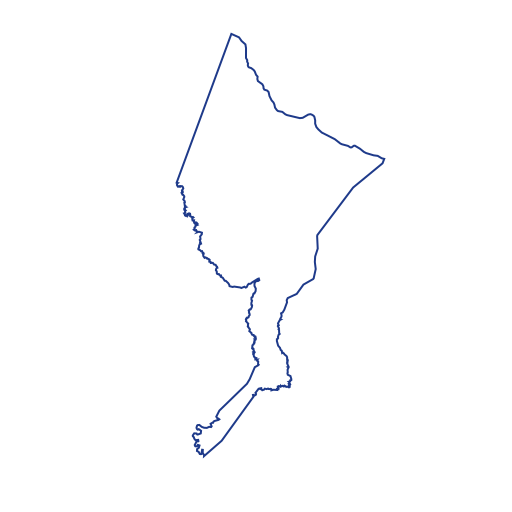 Peixoto de Azevedo, Mato Grosso, Brazil (Mercator projection), rotated 286°
{"feature_id": "56859067B15888729029832", "entity_name": "Peixoto de Azevedo", "entity_type": "district", "adm_level": 2, "iso_a3": "BRA", "parent_name": "Brazil", "parent_adm1": "Mato Grosso", "projection": "mercator", "projection_center": [-54.046, -10.194], "detail": "fine", "context": "isolated", "style": "outline", "palette": "blue", "viewbox_px": 512, "rotation_deg": 286, "n_neighbors": 0, "source": "geoboundaries", "source_scale": "gbopen_adm2", "svg_char_len": 6106}
<svg xmlns="http://www.w3.org/2000/svg" viewBox="0 0 512 512"><g transform="rotate(286 256 256)"><path d="M304.6,159.5L304.6,160.7L304.1,160.3L302.5,160.4L301.1,161.8L301.5,163.3L301.9,162.8L302.4,164.0L302.7,165.9L301.9,166.9L300.8,167.5L298.9,166.8L298.3,167.0L298.0,167.7L297.4,167.9L297.4,167.2L296.5,167.6L296.1,167.1L294.6,168.5L294.7,169.2L293.6,170.6L292.9,170.8L290.3,170.5L289.2,172.2L288.1,172.8L287.6,172.4L284.5,173.8L284.6,174.3L284.0,174.4L283.8,175.3L283.1,174.3L281.9,174.6L281.7,174.0L280.9,174.2L281.1,174.8L280.4,175.8L280.0,175.3L278.2,175.9L277.7,175.5L277.2,175.8L277.0,175.3L276.1,176.3L275.5,176.5L275.3,176.9L275.9,177.1L275.3,178.6L277.6,178.4L277.6,179.0L277.0,179.4L278.5,179.9L278.2,180.4L278.4,181.0L276.8,181.7L276.3,181.5L276.0,182.1L275.7,184.1L276.1,184.6L275.8,185.2L274.7,184.3L273.2,184.9L272.7,185.2L273.2,186.6L272.1,186.7L270.8,187.5L270.4,188.2L271.6,188.4L271.8,189.5L271.4,190.1L271.2,189.5L270.6,189.5L269.8,191.2L268.5,189.5L267.4,189.7L266.4,189.0L265.3,189.5L264.2,188.9L263.7,190.2L264.3,191.3L263.6,191.6L263.5,192.5L263.0,193.2L262.6,193.0L263.6,194.5L263.5,197.6L261.9,197.9L259.4,196.9L257.0,198.0L255.9,197.5L254.8,198.4L253.6,198.5L253.7,199.1L252.7,199.8L251.6,198.6L250.2,198.5L248.2,198.9L247.5,198.5L246.5,198.8L246.1,200.9L245.4,201.9L245.8,202.8L244.6,203.6L244.6,204.1L244.1,203.9L243.6,205.1L243.0,204.7L241.4,205.4L240.1,207.0L240.7,207.5L240.7,208.3L240.2,209.1L240.4,209.7L240.0,209.9L240.1,211.3L239.7,211.5L239.6,212.4L238.6,212.5L238.3,213.0L237.7,212.8L237.5,214.5L236.9,214.6L237.5,216.4L236.2,218.1L236.4,219.6L235.1,220.9L235.0,221.5L234.1,222.1L233.8,221.6L232.3,221.2L231.2,221.4L230.4,222.5L228.4,223.2L228.0,223.9L228.4,225.3L227.8,225.8L227.5,227.0L226.8,227.5L227.3,227.9L226.2,228.5L225.9,230.1L223.6,232.7L223.8,233.8L222.3,236.7L221.1,238.1L219.7,238.9L219.8,242.1L220.6,243.5L221.4,249.6L221.2,250.7L223.3,253.4L222.8,254.8L223.5,255.6L226.2,256.1L227.3,256.7L227.5,257.8L228.3,258.8L229.5,259.5L234.5,264.0L235.1,264.9L233.7,265.8L232.7,265.1L231.6,262.7L229.1,262.1L226.8,262.8L224.6,264.8L222.1,265.3L219.6,264.8L219.5,264.2L219.0,263.9L215.8,264.0L214.8,263.1L212.6,263.7L212.0,264.5L209.5,264.5L207.8,265.0L207.8,265.6L207.4,265.9L205.7,266.1L203.6,265.7L203.0,265.4L202.9,264.6L201.6,264.0L200.2,264.9L199.4,264.9L198.9,265.6L197.6,266.2L196.3,265.7L195.0,265.7L194.2,264.9L194.3,264.4L193.2,263.8L192.7,264.1L192.1,263.8L191.0,264.5L190.5,264.4L188.8,267.2L187.4,267.2L186.4,267.8L185.9,267.6L183.9,270.3L181.9,270.3L180.8,272.8L180.3,272.9L179.2,274.1L179.4,275.5L178.6,275.9L178.5,277.6L177.9,278.0L177.4,277.5L176.4,278.7L175.8,278.7L175.5,277.7L175.0,278.3L174.4,277.8L173.0,278.4L172.6,277.9L171.5,278.4L171.1,277.9L170.3,278.0L169.2,277.2L166.4,277.7L166.5,278.2L166.0,278.4L166.2,278.8L165.9,279.3L165.4,279.2L163.9,280.4L163.2,279.9L163.0,281.2L162.3,281.0L162.2,280.1L161.5,280.2L161.8,280.7L159.5,281.3L158.7,281.9L158.0,282.9L158.0,283.9L157.5,283.6L156.4,283.9L156.7,284.6L157.3,284.3L156.8,285.1L157.0,285.9L156.5,285.6L156.0,286.2L155.6,286.0L155.1,287.2L152.3,287.9L152.1,288.5L151.5,288.2L148.8,285.5L135.9,283.9L130.6,282.5L97.3,263.4L90.6,262.1L89.1,263.9L89.4,264.5L88.9,265.7L88.1,265.1L85.9,261.5L85.2,260.9L83.9,260.7L83.8,260.1L82.2,258.6L80.0,260.3L79.2,260.0L78.9,258.1L77.2,256.1L76.6,253.4L76.8,250.9L78.0,248.1L77.3,246.4L76.6,246.1L74.7,246.1L73.9,246.5L73.2,247.2L73.0,248.0L73.8,248.7L72.8,251.4L70.2,251.8L68.3,249.2L68.3,248.5L69.0,247.8L68.5,245.5L66.1,244.7L65.3,245.0L64.7,246.2L63.4,247.0L62.3,248.6L63.3,251.1L62.7,251.4L62.2,251.7L61.8,251.4L61.7,250.1L57.4,249.2L56.4,250.0L56.4,250.7L56.9,251.8L58.4,252.2L58.3,253.9L55.9,253.9L54.1,252.6L52.3,253.0L51.9,254.9L50.2,256.5L50.3,257.6L50.6,258.1L54.9,257.6L55.0,258.3L52.1,259.0L50.3,261.0L49.3,261.2L68.9,273.9L119.9,292.3L121.6,291.4L121.9,292.0L121.5,293.1L122.6,294.1L123.4,294.1L124.3,293.2L129.1,295.1L129.5,295.7L129.3,296.4L129.9,296.5L130.4,297.5L129.3,298.0L128.7,299.0L129.8,300.6L130.9,301.0L131.0,303.0L131.9,304.1L131.6,304.7L131.7,305.4L132.4,306.8L132.3,307.4L131.1,307.8L132.3,309.8L133.0,313.1L133.6,312.6L134.1,312.7L134.3,314.3L135.0,314.2L135.6,313.4L136.2,313.4L136.6,313.0L137.3,313.8L137.1,315.4L138.0,315.5L137.5,316.1L138.5,317.2L138.6,317.8L138.2,318.4L138.5,319.1L139.2,319.2L138.9,320.7L138.5,321.1L139.1,322.6L138.8,323.9L139.4,324.5L140.4,324.2L140.8,323.5L141.9,324.3L142.4,323.9L141.9,323.1L142.2,322.6L143.2,323.0L143.9,322.9L144.2,322.2L144.9,323.3L145.5,323.5L145.9,323.2L146.5,324.1L147.4,323.9L150.1,322.2L150.6,319.3L152.0,318.5L152.9,318.6L155.3,317.7L157.9,318.0L158.1,317.2L158.6,317.8L161.1,315.7L161.7,315.7L161.9,315.3L162.9,315.5L163.3,315.1L164.2,315.4L165.0,315.0L164.9,314.5L167.3,313.8L168.3,312.8L169.3,310.4L169.9,309.9L170.5,308.5L169.9,307.9L172.1,306.8L172.5,305.6L174.3,304.4L175.9,302.0L180.0,299.5L181.8,299.0L182.5,299.7L183.3,299.9L184.1,299.4L186.4,299.4L187.6,300.2L188.0,299.6L191.4,298.5L191.7,297.9L192.9,298.0L194.6,296.3L195.2,296.3L195.7,296.9L197.3,295.7L200.9,296.5L201.7,297.3L201.7,296.7L202.2,296.6L204.7,297.2L206.1,296.9L207.8,295.9L209.1,297.2L212.1,298.0L220.0,298.6L222.0,297.7L224.3,298.1L230.8,305.6L241.6,309.5L249.6,317.3L250.3,317.6L259.9,317.0L266.5,314.2L271.9,313.0L280.1,313.3L291.9,309.3L293.0,309.2L348.6,330.5L380.0,352.1L384.7,352.5L384.6,349.9L385.8,345.4L385.2,341.3L385.3,333.5L385.8,331.0L387.8,326.3L389.3,320.6L388.9,319.6L386.8,318.0L386.4,316.8L387.2,314.1L387.1,307.7L387.4,306.0L390.0,299.6L392.8,285.2L394.9,281.0L396.6,278.5L399.5,276.4L402.7,275.5L405.8,273.8L406.7,272.7L407.3,270.5L407.3,269.1L406.3,267.2L401.7,262.8L400.6,260.1L400.0,247.0L400.3,245.1L401.8,241.6L401.4,237.2L402.0,235.8L403.9,233.4L406.7,231.9L408.4,230.5L409.9,228.1L413.4,224.9L417.1,222.9L418.1,221.2L418.2,218.2L419.2,217.1L421.2,216.3L422.8,214.8L424.7,209.6L426.5,208.5L428.9,208.1L430.2,206.1L433.1,203.9L434.2,202.4L435.3,199.6L435.4,197.2L435.9,196.3L437.2,195.5L438.9,195.3L440.4,193.9L441.8,193.6L443.6,191.8L453.1,189.1L456.5,187.5L458.7,182.9L461.5,179.4L462.7,171.1L304.6,159.5Z" fill="none" stroke="#1e3a8a" stroke-width="2"/></g></svg>